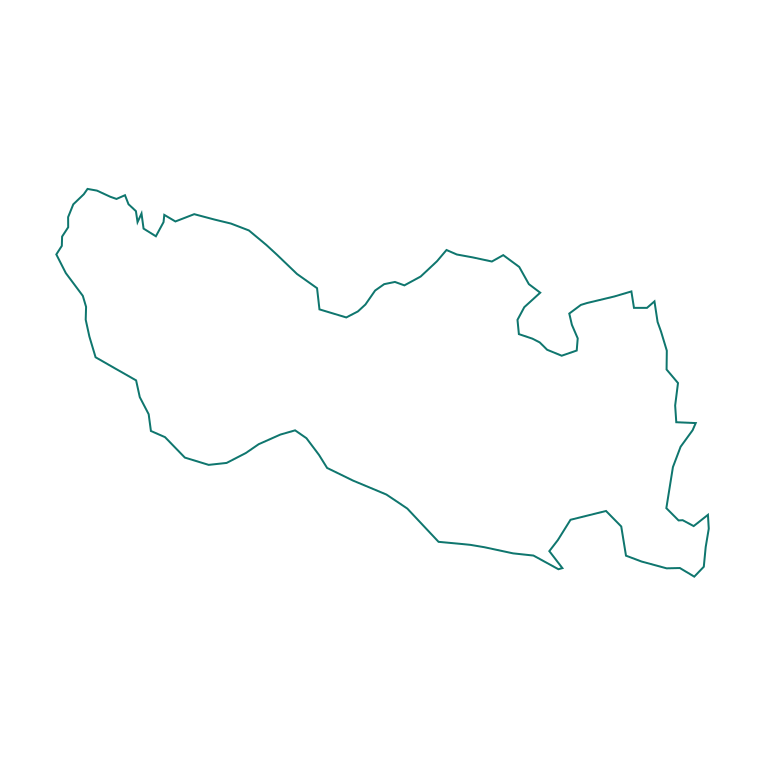 Evretou, Paphos, Cyprus, rotated 350°
{"feature_id": "46923920B63021267781506", "entity_name": "Evretou", "entity_type": "district", "adm_level": 2, "iso_a3": "CYP", "parent_name": "Cyprus", "parent_adm1": "Paphos", "projection": "robinson", "projection_center": [32.482, 34.962], "detail": "fine", "context": "isolated", "style": "outline", "palette": "teal", "viewbox_px": 768, "rotation_deg": 350, "n_neighbors": 0, "source": "geoboundaries", "source_scale": "gbopen_adm2", "svg_char_len": 1697}
<svg xmlns="http://www.w3.org/2000/svg" viewBox="0 0 768 768"><g transform="rotate(350 384 384)"><path d="M83.8,199.5L89.9,219.5L102.7,244.9L104.0,256.3L101.4,268.9L102.1,286.1L104.6,307.6L121.3,321.5L140.5,337.4L141.2,354.5L147.0,372.9L146.3,389.8L159.1,398.3L175.1,421.9L197.3,433.2L215.3,434.4L235.9,428.0L250.2,421.5L273.2,415.8L288.4,414.2L298.2,423.9L307.7,442.6L313.4,456.8L336.8,473.8L367.2,493.3L385.3,510.7L410.3,548.9L433.3,555.2L441.1,557.4L454.6,562.2L481.7,573.2L501.4,578.9L523.6,596.7L527.7,596.3L517.8,577.3L528.1,567.9L544.1,550.1L580.6,547.6L592.9,565.5L592.5,595.1L606.9,603.6L630.3,614.6L643.4,616.6L656.1,627.6L667.2,619.5L672.5,600.4L678.7,582.9L680.3,569.1L664.3,577.7L654.5,570.0L650.4,569.5L640.5,555.3L654.1,516.0L665.2,497.3L679.9,483.1L684.2,476.6L665.2,472.4L667.0,455.7L673.7,434.1L664.8,418.8L668.3,400.3L665.9,380.3L664.2,370.4L664.7,349.6L656.2,354.7L643.4,352.4L643.7,335.8L626.0,337.8L598.1,339.5L591.6,340.3L578.7,346.8L579.3,358.3L582.7,372.7L579.6,384.5L563.9,387.0L550.6,378.6L544.6,370.1L538.0,365.1L525.5,358.3L526.6,344.0L535.5,332.7L553.7,321.2L544.0,310.8L537.5,292.2L523.8,277.8L511.5,282.1L493.3,274.7L478.2,269.1L468.8,262.9L457.5,272.3L438.8,284.5L421.2,290.4L412.5,285.4L401.5,285.7L391.5,290.4L379.5,302.5L370.9,308.0L358.4,311.9L333.4,299.3L334.7,278.0L317.4,260.5L301.1,238.2L292.4,226.8L277.6,209.3L261.1,199.4L245.8,192.7L226.6,183.8L206.8,187.7L197.0,179.3L195.0,186.3L185.0,198.9L174.2,189.2L174.8,174.0L169.4,181.8L169.7,170.7L163.6,162.6L161.7,153.1L152.7,155.3L147.0,152.1L134.9,143.7L125.9,140.4L121.3,145.0L109.2,153.1L101.9,164.8L100.2,174.8L92.6,182.9L90.7,192.0L83.8,199.5Z" fill="none" stroke="#0f766e" stroke-width="2"/></g></svg>